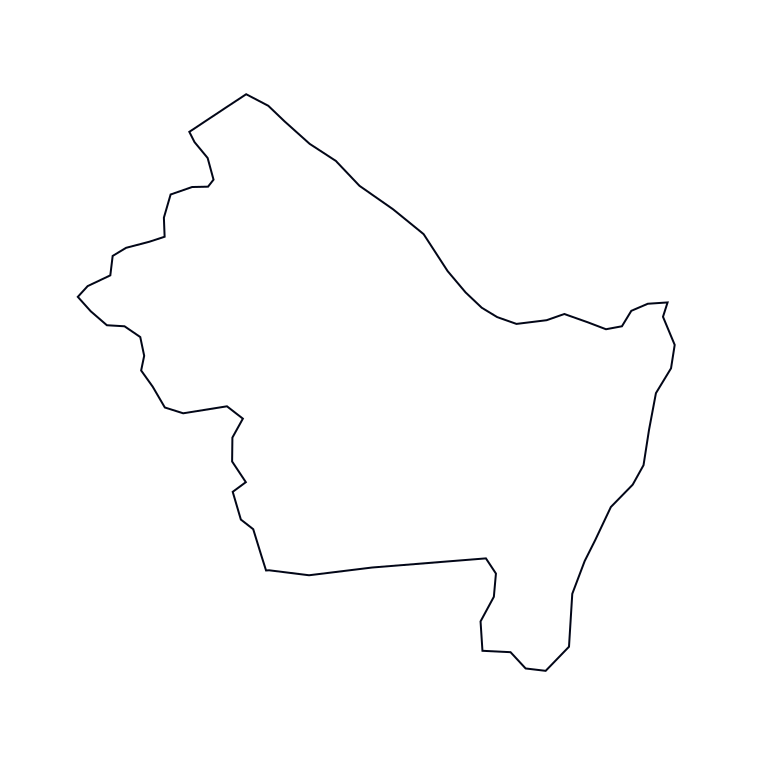 Karlskrona, Blekinge, Sweden (Mercator projection), rotated 353°
{"feature_id": "70781695B53871800350845", "entity_name": "Karlskrona", "entity_type": "district", "adm_level": 2, "iso_a3": "SWE", "parent_name": "Sweden", "parent_adm1": "Blekinge", "projection": "mercator", "projection_center": [15.674, 56.309], "detail": "fine", "context": "isolated", "style": "outline", "palette": "ink", "viewbox_px": 768, "rotation_deg": 353, "n_neighbors": 0, "source": "geoboundaries", "source_scale": "gbopen_adm2", "svg_char_len": 1146}
<svg xmlns="http://www.w3.org/2000/svg" viewBox="0 0 768 768"><g transform="rotate(353 384 384)"><path d="M244.2,554.7L247.3,554.9L286.3,564.7L349.9,564.7L426.4,567.9L463.9,569.5L472.0,585.8L467.1,608.6L450.9,631.4L449.2,660.8L476.9,665.6L489.9,683.6L509.5,688.4L535.6,667.3L545.3,615.2L561.6,584.2L574.6,564.7L594.2,533.7L618.6,514.2L631.7,496.2L641.4,462.0L652.8,426.2L670.8,403.4L677.3,380.6L669.1,351.3L675.4,337.6L655.6,336.5L638.4,341.5L627.2,355.7L611.0,356.7L593.8,347.6L571.5,336.5L553.2,340.5L522.8,340.5L504.5,331.4L490.3,320.2L476.1,303.0L460.9,279.7L441.6,240.1L414.3,211.7L383.8,184.3L364.4,158.1L363.6,156.9L339.5,136.6L317.3,111.2L303.1,93.8L282.5,79.6L260.3,90.6L221.5,110.0L225.4,120.8L236.5,138.2L239.7,160.4L233.4,166.7L217.5,165.1L195.3,169.9L185.8,192.1L184.2,211.1L168.4,214.2L144.6,217.4L130.3,223.8L125.6,242.8L101.8,250.7L90.7,260.2L101.8,276.1L116.1,291.9L133.5,295.1L147.8,307.7L149.4,326.8L144.6,341.0L154.1,358.5L163.6,380.6L181.1,388.6L225.4,387.0L239.7,401.2L227.0,418.7L223.8,442.4L234.9,464.6L220.7,472.6L225.4,501.1L236.5,512.2L241.3,539.1L244.2,554.7Z" fill="none" stroke="#020617" stroke-width="2"/></g></svg>